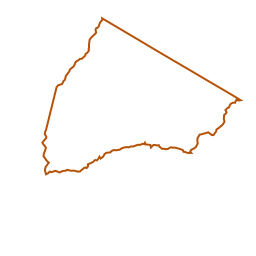 outline of Divinópolis de Goiás, Goiás, Brazil, rotated 211°
{"feature_id": "56859067B20210197400303", "entity_name": "Divinópolis de Goiás", "entity_type": "district", "adm_level": 2, "iso_a3": "BRA", "parent_name": "Brazil", "parent_adm1": "Goiás", "projection": "albers", "projection_center": [-46.533, -13.221], "detail": "fine", "context": "isolated", "style": "outline", "palette": "amber", "viewbox_px": 256, "rotation_deg": 211, "n_neighbors": 0, "source": "geoboundaries", "source_scale": "gbopen_adm2", "svg_char_len": 2223}
<svg xmlns="http://www.w3.org/2000/svg" viewBox="0 0 256 256"><g transform="rotate(211 128 128)"><path d="M45.8,209.8L56.0,209.9L84.2,209.6L98.1,209.5L119.2,209.3L123.3,209.2L149.7,209.0L158.9,209.0L206.7,208.7L205.7,207.4L206.3,204.2L206.0,202.4L205.4,200.2L205.7,198.3L206.7,197.0L206.4,195.5L204.4,193.3L204.8,191.3L205.5,188.9L206.2,186.3L206.3,183.7L205.4,181.7L204.4,179.4L202.9,177.0L202.4,175.3L201.4,174.4L201.6,171.7L202.5,169.6L202.0,167.7L202.7,165.5L203.2,163.6L204.8,162.5L205.3,160.8L206.2,159.3L206.9,157.6L206.5,155.6L206.3,152.9L207.2,150.3L207.9,148.3L207.5,146.2L207.7,144.1L207.9,142.2L208.1,140.4L207.5,139.1L207.0,136.3L207.5,134.9L207.1,131.8L208.6,130.1L209.9,128.6L210.2,126.1L197.3,84.2L197.0,82.0L196.2,79.9L193.8,78.7L192.9,77.3L193.3,75.4L193.9,71.4L192.6,70.6L189.7,69.6L188.1,68.7L187.2,64.6L186.9,62.5L185.8,60.3L180.1,57.8L178.1,57.6L178.5,52.0L177.5,49.0L174.4,46.1L173.1,48.2L172.7,50.2L170.7,50.9L169.7,52.1L168.3,53.8L166.2,54.3L163.8,54.6L162.3,56.8L161.0,58.3L159.4,59.2L158.7,60.8L157.2,61.2L154.5,62.2L152.9,63.3L151.2,64.1L149.8,64.3L148.3,64.9L146.8,66.0L146.3,67.7L145.2,70.8L144.2,72.3L142.8,72.4L142.5,74.6L143.7,76.1L141.8,78.8L140.6,80.6L139.8,83.5L137.9,84.3L137.5,86.7L137.7,88.7L135.7,87.8L134.6,90.3L134.6,93.7L133.9,95.5L130.6,98.0L130.1,100.2L128.6,102.0L127.0,102.6L125.8,103.5L123.8,105.3L122.9,107.4L121.2,109.4L119.1,111.1L117.2,111.9L116.1,113.7L114.3,114.6L113.1,115.9L111.1,118.5L108.5,120.1L107.7,121.7L105.9,122.6L105.9,124.1L104.4,122.9L102.2,124.1L100.1,125.0L98.3,123.1L97.9,124.8L97.5,126.4L96.3,127.3L94.3,127.9L92.8,129.1L91.4,128.2L88.1,127.7L86.3,128.8L84.8,129.2L83.0,130.7L82.2,132.2L81.4,133.5L79.8,134.1L78.2,135.1L75.5,136.0L72.1,136.9L69.5,137.3L68.3,136.2L66.5,136.9L64.1,137.3L60.9,139.2L62.5,139.8L62.6,141.9L60.9,144.3L60.0,146.9L60.3,150.8L61.9,152.6L63.1,154.9L63.2,159.2L61.8,160.4L59.8,162.6L58.1,164.3L57.1,165.6L54.2,165.4L52.6,165.1L51.1,165.9L50.7,170.6L51.4,172.2L50.2,174.8L49.4,177.3L48.6,179.6L48.5,183.1L50.4,185.0L52.3,188.6L51.6,190.8L51.6,192.3L53.7,193.5L53.0,196.4L52.0,197.7L52.5,199.8L52.4,201.6L51.2,203.6L49.2,204.9L49.6,206.4L49.5,208.0L47.3,208.5L45.8,209.8Z" fill="none" stroke="#b45309" stroke-width="2"/></g></svg>